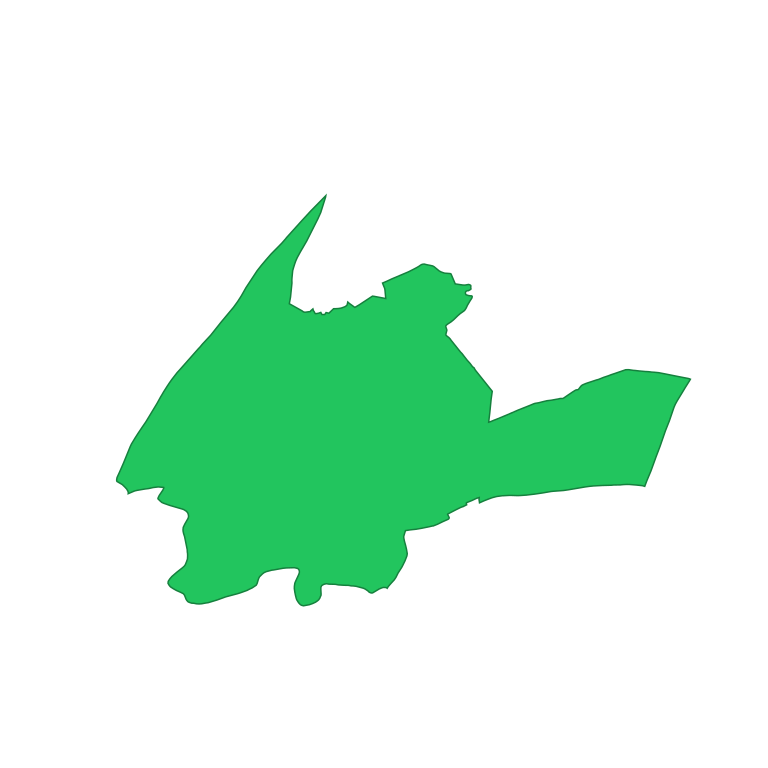 Vung Liem, Vĩnh Long, Vietnam (Equal Earth projection), rotated 247°
{"feature_id": "81297802B24233120148790", "entity_name": "Vung Liem", "entity_type": "district", "adm_level": 2, "iso_a3": "VNM", "parent_name": "Vietnam", "parent_adm1": "Vĩnh Long", "projection": "equal_earth", "projection_center": [106.149, 10.058], "detail": "fine", "context": "isolated", "style": "filled", "palette": "green", "viewbox_px": 768, "rotation_deg": 247, "n_neighbors": 0, "source": "geoboundaries", "source_scale": "gbopen_adm2", "svg_char_len": 6159}
<svg xmlns="http://www.w3.org/2000/svg" viewBox="0 0 768 768"><g transform="rotate(247 384 384)"><path d="M580.1,404.0L571.9,384.2L566.2,371.6L556.8,351.4L556.1,350.2L553.6,345.0L547.7,330.7L544.5,324.1L541.0,317.2L537.8,311.4L526.7,294.7L520.8,287.0L517.0,281.4L513.5,275.6L504.8,258.6L496.6,243.5L491.7,232.5L489.8,228.8L489.1,227.1L476.8,201.3L475.3,198.0L471.1,190.5L469.0,187.1L466.7,183.6L462.7,177.8L460.8,175.3L459.3,173.2L454.9,167.6L442.2,150.0L438.9,144.8L435.0,138.8L431.8,134.1L427.4,128.0L425.5,125.9L413.0,113.3L406.3,106.2L402.2,101.7L400.0,100.3L398.6,100.1L393.7,103.8L390.6,105.1L387.8,106.1L385.1,106.4L383.7,106.1L383.0,105.7L383.0,112.7L382.5,115.5L380.8,122.7L379.7,126.6L378.9,131.0L377.5,135.9L374.9,140.8L374.3,140.7L372.7,138.9L369.2,133.5L367.5,131.6L367.0,131.2L366.5,131.1L363.6,132.3L361.8,133.2L360.4,134.5L356.0,139.3L347.5,149.7L346.4,150.8L344.0,152.4L342.3,152.9L341.2,153.0L338.7,152.5L337.0,151.3L332.9,145.9L330.5,143.2L328.3,142.0L326.8,141.5L324.7,141.1L321.4,140.8L308.3,138.1L306.2,137.3L304.6,136.9L302.6,136.1L299.7,134.7L297.7,132.9L295.3,130.5L294.3,128.8L293.6,126.7L291.7,119.7L289.7,113.5L288.2,110.5L287.5,109.5L286.7,108.3L284.9,107.3L282.6,107.6L280.9,108.1L280.2,108.5L277.7,110.2L275.0,112.3L271.7,115.4L269.3,117.4L267.8,117.8L266.0,117.8L263.4,117.7L262.0,117.9L260.3,118.4L259.2,119.3L257.5,121.2L256.4,123.4L255.0,125.4L253.8,127.8L252.9,130.4L252.1,134.1L251.4,136.7L250.4,146.0L249.9,155.2L248.4,165.8L248.2,167.2L247.9,170.2L247.5,177.4L247.7,179.7L247.8,182.9L248.6,187.1L248.8,187.9L250.1,189.4L252.8,191.6L254.0,192.7L255.2,194.1L256.7,197.9L257.2,199.8L257.3,202.2L256.4,208.4L256.2,208.8L255.9,210.0L253.8,219.2L252.8,222.4L249.9,229.8L248.0,232.4L246.9,233.0L245.9,233.1L244.9,233.0L243.9,232.6L243.2,232.2L241.7,230.8L236.9,225.5L235.5,224.1L232.9,222.5L230.7,221.5L227.3,220.6L223.9,219.9L220.5,219.4L219.2,219.4L216.1,219.9L214.6,220.4L213.3,221.0L212.4,221.8L211.3,223.2L210.0,229.1L209.8,232.5L209.9,235.7L210.4,238.1L210.9,239.6L212.0,241.3L213.2,242.4L213.9,243.3L215.2,244.0L219.6,245.6L221.6,246.5L222.8,247.9L223.0,249.2L223.1,250.5L222.7,252.9L221.3,255.1L218.6,261.0L216.9,263.5L214.3,268.7L212.4,272.9L211.1,274.7L210.0,277.0L208.6,279.4L205.1,283.9L203.9,285.4L202.4,286.7L199.9,288.3L198.0,289.1L197.4,289.8L197.0,290.1L196.6,290.7L196.4,291.1L196.2,291.7L196.2,292.3L197.2,299.4L197.2,302.3L197.0,303.9L196.2,305.6L195.9,306.2L195.5,306.7L194.7,307.1L195.9,308.8L196.8,310.6L197.9,312.9L199.7,316.9L201.4,319.5L204.5,323.1L208.3,328.7L209.7,330.4L213.0,334.2L216.8,337.9L218.7,339.1L222.9,340.1L226.9,340.8L231.3,341.4L234.3,342.0L235.8,342.5L237.0,343.4L240.7,346.5L240.5,347.1L239.5,351.1L237.8,356.7L236.5,362.2L234.9,370.1L234.4,373.1L234.1,373.8L234.0,378.6L234.3,384.1L234.4,389.6L234.4,390.2L234.5,390.6L234.8,391.2L235.3,391.7L235.9,391.8L239.2,391.6L239.4,391.8L240.1,400.8L240.4,406.0L240.4,407.9L240.4,408.3L240.2,408.5L240.5,412.9L241.9,413.1L242.4,413.4L242.5,413.8L242.4,419.5L242.6,424.5L242.3,427.3L240.7,426.4L237.3,425.5L237.4,430.4L237.3,434.3L237.1,438.8L236.9,440.4L236.4,443.8L234.9,449.3L234.6,450.0L232.7,455.3L231.7,457.7L229.0,463.5L228.1,465.9L226.1,471.7L223.8,479.6L222.9,483.0L221.7,487.6L219.8,495.7L219.2,497.7L215.8,507.7L214.6,512.3L210.7,528.7L209.6,532.8L208.3,537.0L205.3,545.3L202.0,553.7L201.3,555.9L198.8,562.1L198.0,564.7L196.8,568.0L195.6,570.7L192.2,577.2L189.4,582.2L187.9,584.0L192.3,588.2L199.7,595.8L210.9,606.2L218.7,613.7L224.9,619.3L231.1,624.9L238.6,632.3L249.2,641.8L251.5,644.2L254.1,647.5L260.1,655.9L262.8,659.6L267.6,666.5L268.7,667.9L269.6,667.0L270.3,666.1L275.2,658.8L283.8,646.2L287.2,641.1L287.8,640.0L289.1,637.6L290.5,634.8L290.9,634.2L292.2,631.9L293.3,629.6L296.4,623.8L298.4,620.3L299.1,618.9L301.0,615.8L301.5,615.0L302.1,613.6L302.4,612.8L302.7,612.0L303.5,600.5L303.8,597.0L303.9,593.8L304.3,588.8L304.4,583.2L304.6,581.8L304.7,581.2L305.5,571.4L305.6,569.8L305.6,566.8L305.5,565.7L305.3,565.0L304.8,563.9L303.3,561.3L303.0,560.4L303.1,559.9L303.4,558.9L303.5,558.4L303.4,557.1L302.9,554.1L302.4,551.6L302.0,549.5L300.9,544.1L300.8,543.5L300.8,543.0L301.7,540.9L301.9,540.2L302.1,538.7L302.7,536.2L303.7,531.7L304.9,527.6L305.5,524.2L306.3,519.0L307.2,515.3L307.3,513.6L307.3,510.4L307.6,497.1L307.5,484.1L307.6,474.0L307.7,470.7L307.7,467.8L307.9,465.4L316.1,470.1L328.0,476.6L335.0,480.8L360.7,473.6L362.3,473.3L363.5,473.3L364.5,472.7L365.5,472.2L369.2,471.3L373.6,469.8L378.5,468.5L381.6,467.7L383.6,466.9L398.2,462.8L399.4,462.6L401.3,461.9L404.0,460.4L404.4,460.2L405.0,460.2L405.8,460.5L408.8,462.8L409.4,463.0L412.0,463.2L412.7,463.3L413.2,463.5L413.6,464.0L413.9,464.6L414.3,466.1L415.0,470.0L415.9,473.1L418.1,478.8L419.0,481.6L420.0,486.2L420.5,487.4L421.5,488.9L422.5,490.1L423.8,491.5L426.9,495.7L428.3,497.8L428.9,498.6L429.6,499.1L430.1,499.4L430.4,499.4L430.9,499.1L431.3,498.2L432.3,496.5L433.9,494.6L434.3,494.3L435.1,494.3L435.9,494.5L436.7,494.9L437.1,495.4L437.3,495.9L437.3,497.2L436.9,498.1L437.2,500.6L437.4,501.1L437.8,501.3L438.5,501.4L439.0,501.6L440.4,502.3L441.0,502.3L441.3,502.1L441.7,501.8L442.5,500.9L442.7,500.3L443.2,498.0L443.6,496.7L444.4,495.1L448.3,488.7L458.8,488.7L459.1,488.7L459.3,488.5L459.7,488.2L460.0,487.7L461.4,485.0L462.3,483.2L463.4,481.9L464.9,480.3L466.5,479.0L472.3,476.0L473.6,475.0L475.0,473.1L476.8,470.4L478.6,468.0L479.1,466.7L479.2,465.7L479.3,465.2L479.1,464.0L478.7,462.1L478.4,459.8L478.1,456.3L477.7,450.4L477.7,432.3L477.5,426.6L477.5,422.1L474.5,422.0L472.5,422.0L471.3,421.9L470.1,421.6L462.0,419.0L468.6,409.1L469.4,407.7L466.6,392.4L465.9,387.1L471.7,383.6L473.6,382.7L471.3,381.0L470.8,380.2L470.4,378.2L470.6,374.4L471.2,371.9L471.9,369.8L473.0,367.0L470.7,360.9L472.4,358.6L471.1,356.6L472.2,354.0L474.6,353.8L474.7,351.5L475.3,349.0L475.7,348.2L476.3,348.1L478.4,347.9L478.8,347.6L480.9,347.9L480.1,345.4L479.5,344.5L480.8,339.7L481.3,338.7L482.0,337.9L483.3,337.2L494.9,328.2L500.5,331.9L512.9,338.7L515.7,339.8L517.7,340.8L521.0,342.6L524.1,344.3L526.7,346.4L529.4,348.7L531.8,350.9L534.3,353.6L538.1,358.4L545.8,368.7L561.8,387.6L566.6,392.8L578.8,403.2L580.1,404.0Z" fill="#22c55e" stroke="#15803d" stroke-width="1.5"/></g></svg>